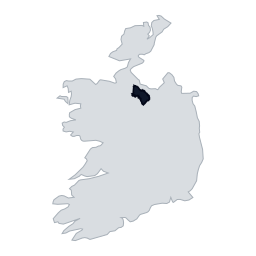 location of Ballinamore-Lea-6, Leitrim, Ireland
{"feature_id": "5873133B64566250281518", "entity_name": "Ballinamore-Lea-6", "entity_type": "district", "adm_level": 2, "iso_a3": "IRL", "parent_name": "Ireland", "parent_adm1": "Leitrim", "projection": "mercator", "projection_center": [-7.852, 54.028], "detail": "fine", "context": "in_parent", "style": "filled", "palette": "ink", "viewbox_px": 256, "rotation_deg": 0, "n_neighbors": 0, "source": "geoboundaries", "source_scale": "gbopen_adm2", "svg_char_len": 7071}
<svg xmlns="http://www.w3.org/2000/svg" viewBox="0 0 256 256"><path d="M162.1,31.9L156.7,35.8L155.8,37.2L154.3,43.1L154.1,44.8L150.7,51.3L148.8,52.7L145.9,53.7L144.2,54.8L142.2,54.2L139.6,54.3L138.3,55.5L138.3,56.4L139.1,57.4L143.9,60.4L143.7,61.7L142.3,63.1L133.7,66.6L131.1,68.7L130.2,70.1L131.1,72.4L138.0,79.3L139.2,80.1L140.2,84.1L146.3,85.8L148.8,88.3L150.9,88.9L155.5,88.7L157.4,89.7L158.5,89.0L159.1,87.6L164.3,82.7L162.7,79.0L167.9,72.7L169.4,72.8L171.9,74.7L173.9,77.4L174.5,81.0L176.5,84.2L177.7,85.3L181.0,85.9L181.8,87.2L181.2,91.8L181.7,93.4L190.2,93.2L193.7,91.2L196.6,91.6L198.1,93.7L198.7,95.8L196.2,96.6L193.5,96.1L192.2,97.5L192.1,100.2L193.0,103.7L194.8,106.1L196.2,111.7L197.4,117.8L199.2,121.4L199.6,126.0L199.3,128.2L199.7,132.3L198.9,133.7L199.5,137.4L202.6,149.5L203.2,158.9L201.7,162.4L199.6,165.7L198.3,169.7L197.3,173.9L196.6,180.8L192.2,188.7L190.3,190.7L188.2,191.9L192.9,197.5L189.0,200.0L184.8,200.8L180.1,199.4L177.2,199.5L173.4,202.4L172.6,201.9L170.8,197.3L169.5,202.0L166.8,203.5L162.2,203.2L154.5,204.5L151.5,205.8L150.3,207.9L149.3,210.3L148.1,211.7L146.8,212.5L140.8,214.3L139.6,215.0L136.8,218.9L133.2,221.1L130.2,221.8L127.5,219.5L126.4,218.2L125.2,217.5L121.1,217.6L122.4,218.3L123.2,219.9L123.6,222.9L123.2,225.9L121.1,227.4L118.7,227.7L114.9,230.8L109.9,231.6L107.2,234.5L90.5,239.3L89.6,239.3L87.3,238.1L84.8,237.6L82.3,238.0L75.3,240.6L71.9,240.1L76.3,233.4L82.0,230.1L82.6,229.1L80.7,228.7L69.7,231.0L65.9,233.0L62.1,233.6L63.9,230.6L68.8,226.4L73.1,223.6L74.9,221.2L80.1,218.4L63.4,224.1L59.0,223.4L57.9,221.8L54.5,222.6L53.2,218.7L58.3,212.8L61.2,210.2L64.8,208.9L68.1,206.9L69.4,204.5L67.8,203.7L57.7,204.3L52.8,203.8L53.1,201.9L54.0,199.7L59.0,196.1L61.7,195.5L64.1,195.9L68.4,198.0L74.1,197.3L71.7,195.0L71.3,190.2L69.5,188.7L71.8,186.4L74.5,185.1L78.9,180.5L80.5,179.9L89.3,178.7L98.8,176.3L108.2,173.0L103.4,171.2L101.1,168.7L97.4,173.7L94.7,175.6L87.1,176.6L84.8,176.0L81.4,174.5L80.4,175.1L79.4,176.2L74.4,178.7L69.1,179.3L75.2,174.8L83.0,167.2L84.7,164.8L87.2,160.7L86.4,158.8L84.8,157.8L90.4,149.1L92.4,147.6L96.0,147.3L98.6,146.0L99.8,145.9L100.8,145.4L103.1,142.8L99.6,141.2L95.9,140.3L84.5,141.2L83.0,141.1L81.6,140.3L80.7,139.1L80.0,136.2L79.2,135.5L76.6,135.5L74.1,136.4L72.3,136.3L70.6,135.0L73.3,132.0L69.7,131.3L66.1,131.9L63.1,131.0L63.0,129.1L64.4,127.2L62.6,125.4L62.2,123.1L64.1,122.0L66.2,122.4L70.5,120.7L75.9,119.9L71.2,118.2L69.4,116.8L69.3,114.6L69.7,112.7L75.1,109.6L80.8,108.2L80.4,106.1L80.8,103.8L75.0,103.2L69.2,104.8L69.8,100.4L71.2,96.5L71.5,94.0L71.2,91.2L68.5,92.4L68.2,88.5L67.1,85.8L63.1,87.6L63.2,84.1L64.3,81.6L66.4,80.6L68.5,81.0L72.3,81.0L76.0,79.1L81.4,78.6L89.9,79.2L95.7,84.5L97.2,83.5L99.6,80.2L100.6,79.8L109.5,81.3L114.9,83.2L116.4,82.6L115.6,78.9L113.7,76.4L116.1,73.0L119.0,70.7L120.9,69.6L125.3,68.2L127.3,66.9L128.5,62.5L130.6,58.9L119.5,60.8L108.9,56.5L110.5,53.5L112.8,51.8L116.6,50.4L117.0,48.9L119.0,47.5L122.2,44.1L121.0,39.5L121.6,36.2L124.0,34.0L124.7,30.9L125.7,28.6L130.5,27.8L135.0,25.7L142.0,25.4L143.8,26.3L143.4,22.5L146.7,22.0L148.0,22.7L148.5,25.4L150.0,27.1L150.5,30.1L149.5,32.4L147.8,34.1L149.3,35.9L147.0,39.2L149.5,37.8L153.2,34.6L153.0,32.0L152.4,28.7L151.3,25.8L151.8,22.5L153.9,20.5L159.3,19.4L157.0,15.7L159.0,15.4L161.2,16.1L164.3,19.0L171.0,23.1L167.7,26.7L163.7,29.2L162.1,31.9ZM68.1,101.9L67.9,103.6L65.4,101.4L64.1,99.2L57.1,98.1L60.0,95.8L61.5,96.5L66.4,96.6L67.8,97.5L68.1,101.9Z" fill="#d9dde1" stroke="#a8b0b8" stroke-width="1"/><path d="M133.9,86.0L134.0,86.1L133.9,86.3L133.7,86.4L133.8,86.5L133.7,86.5L133.6,86.8L133.6,87.0L133.6,87.6L133.4,89.8L133.2,92.2L133.6,92.6L133.3,92.9L133.1,93.2L133.1,93.4L132.9,93.5L132.8,93.8L132.6,93.8L132.6,93.7L132.4,93.7L132.5,93.8L132.4,94.0L132.3,94.3L132.0,94.8L132.1,95.1L132.1,95.4L132.2,95.5L132.3,95.3L132.4,95.1L132.5,94.9L132.9,94.8L133.0,95.0L133.3,94.7L133.6,94.5L133.8,94.5L133.8,94.8L133.9,95.1L133.8,95.3L133.7,95.4L133.5,96.0L133.8,96.0L134.3,95.5L134.5,95.5L134.5,95.3L134.4,95.1L134.7,95.2L134.9,95.1L135.0,95.4L135.0,95.5L134.9,95.6L135.0,95.7L135.0,95.8L134.9,96.0L134.7,95.9L134.7,96.1L134.6,96.3L134.6,96.5L134.8,96.6L135.0,96.7L135.0,96.8L135.2,97.0L135.3,97.0L135.4,96.9L135.5,96.8L135.7,96.7L136.0,96.4L136.2,96.1L136.4,96.0L136.3,95.9L136.4,95.7L136.6,95.7L136.9,95.8L137.1,95.8L137.1,96.0L137.3,96.1L137.5,96.0L137.5,95.8L137.6,95.7L137.7,95.4L137.8,95.4L137.9,95.5L138.0,95.5L137.9,95.6L138.0,95.8L138.4,96.0L138.5,96.0L138.5,96.4L138.5,96.5L138.4,96.6L138.3,97.0L138.4,97.3L138.4,97.5L138.2,97.7L138.2,97.8L138.4,97.9L138.7,97.8L138.6,97.7L138.4,97.5L138.5,97.4L138.7,97.5L138.8,97.6L139.0,97.6L139.1,97.3L139.3,97.2L139.3,97.3L139.4,97.2L139.5,97.1L139.6,97.4L139.7,97.5L139.7,97.8L139.6,98.0L139.8,98.3L140.0,98.3L140.0,98.5L140.1,98.4L140.3,98.3L140.5,98.3L140.5,98.5L141.0,98.9L140.9,99.1L140.8,99.3L140.7,99.4L140.7,99.5L140.8,99.9L140.8,100.0L140.7,100.2L140.7,100.5L140.8,100.6L140.9,101.0L141.0,101.2L141.1,101.3L141.2,101.5L141.3,101.6L141.5,101.8L141.7,102.0L141.7,102.4L141.7,102.7L141.8,102.7L141.9,102.9L142.1,103.2L142.0,103.4L142.3,103.7L142.3,104.0L142.4,104.3L142.6,104.3L142.8,104.4L142.9,104.5L143.0,104.6L143.4,104.7L143.5,104.8L143.6,104.6L143.5,104.2L143.8,104.1L143.8,103.9L144.0,103.9L144.2,104.0L144.3,104.0L144.4,103.9L144.5,103.9L144.6,103.7L144.6,103.3L145.1,103.2L145.1,102.8L145.1,102.7L145.3,102.7L145.5,102.6L145.6,102.4L145.8,102.4L145.9,102.2L145.8,101.8L145.8,101.7L146.0,101.6L146.3,101.7L146.7,101.4L146.6,101.2L146.9,100.9L146.9,100.7L147.0,100.5L147.1,100.4L147.2,100.2L147.3,100.2L147.5,100.4L147.8,100.3L148.1,100.5L148.3,100.6L148.6,100.5L148.6,100.4L148.8,99.8L148.8,99.7L149.0,99.7L149.3,99.4L149.5,99.2L149.4,98.9L149.2,98.8L149.2,98.6L149.4,98.5L149.5,98.4L149.5,98.2L149.5,97.9L149.3,97.9L149.2,97.7L149.0,97.3L149.1,97.2L149.2,96.7L149.1,96.4L149.0,96.2L148.9,96.1L149.2,95.9L149.1,95.7L148.9,95.4L148.7,95.3L148.6,95.2L148.5,95.3L148.5,95.5L148.4,95.7L148.1,95.6L147.8,95.4L147.6,95.5L147.6,95.3L147.5,95.2L147.4,95.2L147.4,94.8L147.5,94.7L147.8,94.5L147.7,94.3L147.5,94.2L147.4,94.2L147.3,94.4L147.1,94.3L147.1,93.9L147.0,93.5L146.8,93.5L146.7,93.4L146.5,93.5L146.4,93.4L146.2,93.3L146.0,93.1L146.0,92.9L145.9,92.8L145.8,92.7L145.6,92.5L145.5,92.2L145.2,91.9L144.8,91.8L144.7,91.8L144.5,92.0L144.3,91.9L144.3,91.7L144.2,91.4L144.3,91.3L144.2,91.2L144.0,91.3L143.8,91.2L143.8,90.9L143.7,90.9L143.8,90.8L143.6,90.8L143.6,90.7L143.4,90.5L143.4,90.4L143.1,90.5L142.8,90.5L142.6,90.5L142.5,90.4L142.4,90.2L142.2,89.9L142.1,90.0L141.9,90.1L141.9,90.3L141.6,90.5L141.5,90.8L141.3,91.1L141.2,91.1L141.0,90.9L140.7,90.7L140.3,90.4L140.1,90.1L140.3,89.9L140.0,89.6L139.9,89.6L139.6,89.5L139.3,89.3L139.2,89.2L139.3,89.1L139.1,88.9L138.9,88.8L139.0,88.5L138.6,88.1L138.5,87.8L138.2,87.7L138.1,87.3L137.8,87.3L137.8,87.2L137.7,87.0L137.5,86.9L137.3,86.9L137.1,86.8L136.8,86.3L136.5,86.3L136.3,86.4L136.1,86.3L135.9,86.3L135.6,86.2L135.4,86.1L135.3,85.9L135.2,85.9L135.2,85.7L134.7,85.6L134.5,85.8L134.4,85.8L134.4,85.7L134.2,85.6L134.2,85.8L134.1,85.7L134.1,85.8L133.9,86.0Z" fill="#0f172a" stroke="#020617" stroke-width="1.5"/></svg>